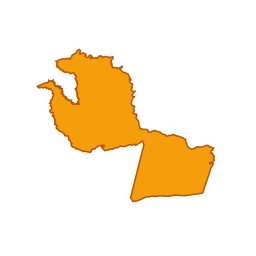 Tapauá, Amazonas, Brazil, rotated 56°
{"feature_id": "56859067B86448043312286", "entity_name": "Tapauá", "entity_type": "district", "adm_level": 2, "iso_a3": "BRA", "parent_name": "Brazil", "parent_adm1": "Amazonas", "projection": "equal_earth", "projection_center": [-66.034, -6.025], "detail": "fine", "context": "isolated", "style": "filled", "palette": "amber", "viewbox_px": 256, "rotation_deg": 56, "n_neighbors": 0, "source": "geoboundaries", "source_scale": "gbopen_adm2", "svg_char_len": 5767}
<svg xmlns="http://www.w3.org/2000/svg" viewBox="0 0 256 256"><g transform="rotate(56 128 128)"><path d="M192.5,68.3L191.8,69.2L190.4,69.6L189.2,70.8L187.5,71.2L186.6,72.1L186.0,73.7L185.3,77.1L182.2,81.2L182.0,84.1L181.4,86.6L181.0,87.2L178.3,88.6L175.2,88.8L173.5,87.9L171.8,88.0L169.9,86.6L165.8,88.6L163.8,90.4L162.3,91.2L161.7,92.3L159.0,93.7L158.6,94.4L158.2,96.4L157.1,98.2L156.8,100.0L156.4,100.6L154.4,100.9L152.1,103.1L149.8,103.4L146.3,106.5L145.2,106.9L143.9,110.4L143.9,112.0L143.3,112.9L142.2,113.3L141.4,112.6L139.6,113.3L137.4,116.4L135.3,118.1L131.1,117.1L129.4,116.0L127.6,115.4L124.2,115.8L122.5,113.7L121.7,113.2L121.1,113.4L119.7,114.9L118.4,115.4L117.4,113.4L115.4,112.7L113.8,110.5L112.9,110.8L111.3,112.2L108.5,110.7L107.2,109.4L106.3,108.0L105.6,105.2L103.9,106.7L103.1,106.4L102.4,104.9L101.5,101.7L99.9,103.9L98.2,104.1L96.9,101.9L95.6,101.5L94.4,99.9L93.9,99.7L92.8,100.5L90.8,100.8L89.7,100.2L89.5,99.9L89.9,98.8L89.4,98.4L88.8,98.4L87.9,99.3L87.1,98.3L83.1,97.8L81.4,99.1L80.6,99.1L79.6,100.4L78.3,101.2L76.1,101.3L75.3,101.8L74.8,101.5L74.6,100.7L74.2,100.3L74.4,99.5L74.1,98.4L73.6,98.3L73.3,98.9L73.7,99.5L73.1,102.8L71.5,103.7L71.1,105.2L70.4,105.3L69.9,106.7L69.4,107.1L68.4,106.3L66.5,106.7L66.4,105.7L66.0,105.3L65.5,105.7L64.0,105.5L63.2,104.5L62.7,104.6L62.4,104.1L62.2,101.7L60.5,100.7L59.9,101.8L59.9,102.8L59.4,104.3L58.9,104.5L58.4,104.2L57.8,105.3L55.4,107.6L55.1,110.0L53.5,109.9L53.6,110.3L52.5,110.9L52.2,112.7L53.1,114.1L51.6,115.6L49.3,120.2L48.9,119.7L48.5,117.8L48.0,117.8L46.6,118.5L46.1,119.3L47.1,121.4L46.8,122.4L44.3,123.4L44.1,122.0L42.3,122.0L41.4,122.9L40.8,122.9L40.3,124.4L40.1,126.4L39.9,126.6L39.4,126.5L37.3,124.1L35.7,124.4L35.5,126.8L35.9,128.0L36.4,128.2L36.7,128.9L36.4,133.3L36.8,134.4L37.5,135.0L38.3,137.7L38.1,138.1L37.3,138.0L36.8,138.4L36.4,139.8L35.8,140.5L35.6,141.8L34.1,143.5L32.9,147.5L33.1,148.6L32.4,150.4L34.3,149.9L35.3,151.7L36.6,152.3L37.2,151.7L37.9,152.7L39.3,151.7L40.1,151.8L40.5,151.3L42.1,151.4L43.9,149.6L44.8,150.4L45.7,149.4L46.6,149.1L47.4,147.4L48.7,146.1L50.8,145.6L51.4,143.0L52.2,142.0L53.2,142.3L53.8,142.0L54.3,142.4L55.6,141.7L56.8,142.9L57.5,144.3L59.6,143.9L59.7,144.5L60.9,144.3L61.5,145.0L62.2,144.8L62.8,145.4L63.7,145.4L65.1,146.8L65.6,148.2L66.1,148.3L66.4,148.9L66.2,149.6L67.1,149.4L67.1,149.9L67.8,149.5L68.8,150.1L69.0,149.9L69.3,150.6L69.9,150.4L70.9,150.7L71.3,151.4L71.5,151.1L71.7,151.7L72.7,152.0L73.2,152.6L74.3,152.3L75.1,153.0L75.6,152.5L76.7,152.5L77.6,153.5L77.7,154.3L78.2,154.0L78.0,154.3L78.5,154.7L78.1,154.9L78.5,155.3L79.0,155.0L79.4,155.7L80.0,154.9L80.7,155.1L80.5,156.1L80.2,156.2L80.0,155.7L80.0,156.3L79.6,155.9L79.3,156.3L79.6,156.8L79.0,156.9L78.9,157.6L78.7,157.6L78.8,158.4L78.5,159.3L77.7,159.4L77.3,160.5L77.0,160.3L77.1,160.1L77.0,159.8L76.6,160.4L76.4,159.7L76.0,160.3L75.8,159.9L74.9,160.0L74.7,160.4L73.9,160.4L73.5,159.9L73.1,160.5L73.0,160.1L72.8,160.7L71.9,161.7L71.7,161.1L71.2,161.2L70.7,162.1L69.9,162.2L69.6,162.8L68.9,162.4L69.1,163.0L68.5,162.7L68.0,163.2L67.3,162.3L67.0,162.9L66.4,162.7L66.2,163.4L65.4,163.8L65.1,163.5L65.2,163.1L64.3,163.2L63.9,162.7L63.3,163.4L62.6,162.7L61.7,163.6L61.5,162.2L61.0,162.8L60.8,162.1L60.5,162.4L59.8,161.4L59.1,161.3L58.5,160.6L57.6,161.8L57.0,161.4L57.2,162.0L56.7,162.0L56.7,162.3L56.3,162.1L56.1,162.7L55.8,162.6L55.8,162.1L56.1,161.9L55.8,161.7L55.5,162.2L55.4,161.7L55.2,162.1L54.8,161.9L54.4,162.9L53.8,162.4L53.4,162.6L53.6,163.2L53.3,163.8L53.5,164.1L53.3,164.4L52.9,164.2L52.8,164.6L52.4,164.2L52.0,164.7L50.6,164.8L50.5,164.0L50.1,163.6L50.0,164.2L49.2,163.7L49.0,164.1L48.2,163.9L48.0,164.2L47.7,163.6L47.4,163.8L47.6,164.4L47.1,164.7L47.1,164.2L46.5,163.6L46.6,164.5L46.1,164.8L46.4,165.5L45.2,166.5L45.5,166.8L45.2,167.1L45.3,167.7L44.7,167.5L45.2,168.1L45.3,170.0L44.4,171.3L42.7,179.8L43.1,179.9L43.5,179.5L44.2,179.8L45.0,178.8L45.5,178.7L45.6,177.3L47.5,175.7L47.8,174.0L48.9,173.0L49.6,173.4L50.1,172.2L51.7,172.1L52.0,170.3L54.2,170.4L55.1,169.8L56.8,170.8L57.3,170.6L57.4,171.3L58.0,170.6L59.0,171.3L59.6,172.0L60.3,173.6L61.7,174.6L62.0,175.3L61.7,176.3L62.5,176.5L62.5,177.2L63.2,177.6L63.6,179.0L64.9,178.2L65.7,179.6L66.5,180.1L67.6,179.7L69.1,180.2L69.9,181.6L69.6,182.9L70.5,183.5L72.2,183.6L72.9,181.7L73.4,181.4L74.4,182.2L75.7,184.0L76.1,183.8L76.7,182.7L78.0,183.8L80.0,183.7L80.3,184.3L81.0,184.1L81.9,185.0L82.3,184.8L82.7,185.8L83.3,185.9L84.1,186.8L85.2,186.0L85.9,186.0L86.0,185.3L86.3,185.3L87.5,187.2L88.6,187.7L89.6,186.6L91.4,187.0L92.4,186.0L93.4,186.0L94.2,185.1L96.3,184.6L97.0,184.1L99.1,184.7L100.3,183.5L100.4,182.7L101.7,182.0L104.9,183.8L106.9,182.9L108.9,183.8L109.7,183.2L110.2,184.6L111.4,184.9L112.9,184.6L114.2,183.2L114.8,183.2L115.9,182.3L116.2,182.7L116.9,181.7L117.5,181.5L117.8,180.8L118.8,180.6L121.7,178.6L122.3,178.6L123.0,176.8L124.9,175.4L125.4,174.2L126.8,173.6L127.1,172.7L127.0,171.5L126.3,171.0L125.7,169.8L126.8,167.1L126.5,166.2L126.7,164.7L126.0,162.9L127.4,160.7L128.5,157.8L129.0,157.5L129.6,157.5L130.0,158.5L129.6,159.7L129.0,159.9L128.9,160.4L129.1,160.7L133.5,160.1L134.0,159.7L134.3,158.3L135.1,157.2L135.4,154.7L137.0,152.7L137.4,149.3L138.4,147.8L138.7,144.3L140.9,142.1L141.7,140.7L142.5,136.3L144.3,134.6L145.0,131.7L146.8,131.3L146.8,123.6L147.6,123.1L150.7,124.1L187.3,164.9L191.7,165.0L193.0,162.3L194.3,158.0L195.3,151.5L196.9,148.9L197.4,147.4L198.5,145.3L200.4,143.0L202.1,139.3L205.3,135.4L207.9,131.2L210.4,125.7L212.1,123.9L215.9,118.7L222.8,104.5L223.6,102.4L207.7,81.7L205.3,77.2L204.4,77.6L203.8,80.0L203.0,80.5L202.5,80.2L202.4,79.1L203.5,77.9L203.7,77.2L203.2,74.6L202.7,74.2L201.5,74.6L200.3,72.6L199.3,72.2L197.5,72.7L196.3,72.0L195.8,72.3L195.4,73.5L194.8,73.3L193.5,72.2L193.5,71.0L193.8,70.1L193.2,69.6L192.5,68.3Z" fill="#f59e0b" stroke="#b45309" stroke-width="1.5"/></g></svg>